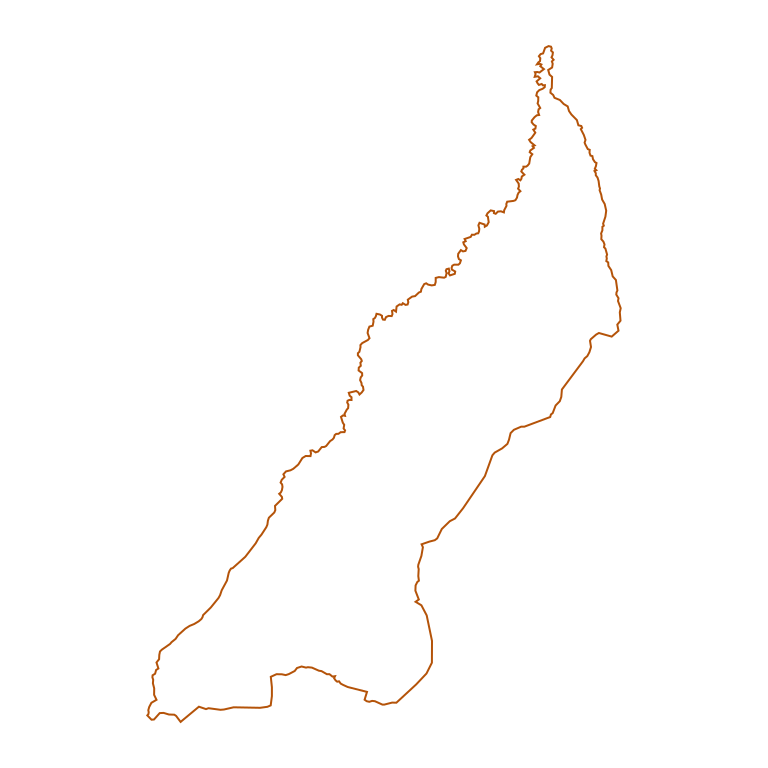 Itinga do Maranhão, Maranhão, Brazil
{"feature_id": "56859067B66965401422708", "entity_name": "Itinga do Maranhão", "entity_type": "district", "adm_level": 2, "iso_a3": "BRA", "parent_name": "Brazil", "parent_adm1": "Maranhão", "projection": "albers", "projection_center": [-47.255, -4.165], "detail": "fine", "context": "isolated", "style": "outline", "palette": "amber", "viewbox_px": 768, "rotation_deg": 0, "n_neighbors": 0, "source": "geoboundaries", "source_scale": "gbopen_adm2", "svg_char_len": 6077}
<svg xmlns="http://www.w3.org/2000/svg" viewBox="0 0 768 768"><path d="M160.0,651.5L159.3,654.9L159.1,659.2L156.5,662.5L158.4,668.5L156.1,670.0L155.1,673.7L152.6,675.3L152.4,677.3L153.2,679.8L152.9,683.3L154.2,688.4L154.1,694.8L156.5,699.8L151.4,702.8L149.2,707.0L148.3,710.2L148.7,712.2L148.4,714.1L147.3,715.4L151.5,719.7L154.0,719.5L159.7,713.1L163.6,712.9L168.9,714.5L174.3,714.7L176.1,715.9L180.6,721.9L198.9,706.7L206.0,709.1L208.5,708.2L220.5,709.8L224.0,709.5L233.6,707.3L260.1,707.8L267.4,706.8L270.7,705.4L271.9,696.1L271.9,687.2L270.8,676.8L276.5,674.2L281.9,674.3L285.7,675.1L288.8,674.1L294.7,671.0L297.0,668.0L301.6,666.5L306.0,667.6L307.9,667.2L311.9,667.6L318.9,670.7L321.5,671.1L326.9,674.2L329.5,674.2L332.5,676.6L335.0,676.2L334.1,678.2L335.6,680.4L337.2,681.7L339.0,681.3L340.7,683.6L343.1,684.9L347.7,687.0L367.0,691.9L364.6,699.7L366.7,701.2L369.3,701.8L372.1,700.9L374.9,701.2L382.4,704.6L384.3,704.6L392.1,702.6L396.4,702.7L416.2,684.4L426.5,673.5L431.9,662.7L432.0,640.9L426.7,615.4L421.4,605.3L415.6,601.8L418.8,599.5L415.4,590.7L415.6,585.4L417.3,582.0L418.9,580.7L418.3,576.1L418.7,569.1L418.1,566.8L418.3,564.8L421.4,555.9L422.9,547.2L421.6,544.3L429.4,541.6L434.8,540.2L437.2,538.4L441.8,529.0L449.8,521.2L455.0,518.5L463.1,508.2L484.9,476.1L492.4,455.3L494.7,452.6L502.1,448.4L507.4,443.9L509.0,439.7L510.6,433.1L513.9,429.8L521.1,426.7L524.3,426.7L550.2,417.0L550.9,414.5L552.7,413.1L555.6,405.5L559.8,401.2L561.3,396.9L561.9,389.5L583.0,361.2L584.6,358.4L587.3,356.1L589.4,352.2L591.0,347.0L590.0,340.8L590.8,339.2L596.1,334.6L598.9,333.0L611.7,336.6L618.5,330.7L617.3,324.6L620.5,320.7L619.8,312.3L620.7,308.2L618.0,301.0L618.5,298.2L616.3,294.6L616.5,292.4L617.4,290.5L615.9,280.0L612.7,276.4L611.2,270.1L608.4,265.9L608.2,262.4L606.3,261.1L606.8,258.5L606.4,256.4L607.1,254.6L605.4,248.6L604.0,247.2L604.5,244.4L603.4,241.6L601.3,239.2L601.5,235.7L601.1,233.5L602.4,230.3L602.4,226.8L603.8,225.7L603.1,223.7L605.4,216.7L606.2,210.7L604.7,204.0L602.1,199.5L601.2,194.6L599.6,190.2L600.0,188.5L599.3,186.5L598.6,181.0L597.5,177.5L595.8,175.3L595.8,173.2L594.5,171.0L596.3,170.2L594.8,168.8L595.9,166.2L596.5,163.0L594.9,162.1L593.0,159.2L592.4,156.1L590.5,155.6L589.5,152.7L589.7,149.8L587.8,149.1L585.3,144.4L584.6,142.6L585.5,139.9L583.8,134.9L580.8,129.1L582.1,127.8L581.3,126.0L578.4,125.3L576.9,120.1L571.4,114.5L569.0,111.0L567.7,106.4L563.7,104.0L559.9,100.0L554.5,97.8L553.2,95.0L550.4,92.7L550.6,89.7L551.8,88.0L552.1,76.9L549.5,74.6L548.2,70.0L552.1,67.5L552.7,63.8L551.9,61.4L553.6,59.8L551.5,57.3L552.5,55.3L552.9,52.4L551.1,50.7L551.7,48.4L551.0,46.7L548.6,46.1L545.1,47.8L543.1,53.4L540.6,54.1L538.9,56.2L540.3,58.2L540.0,61.1L538.3,62.4L537.0,64.3L539.8,63.8L541.4,64.5L540.3,66.2L543.9,69.1L539.5,72.5L537.3,72.0L534.9,72.2L535.6,73.9L534.7,76.8L537.9,76.3L540.2,78.3L536.6,81.4L537.6,83.3L538.9,84.9L541.7,84.0L542.9,85.3L544.9,85.2L544.7,87.2L542.6,88.8L539.3,90.1L537.1,92.3L536.3,95.6L538.3,97.3L538.2,101.1L537.6,103.4L540.2,108.0L538.6,109.3L538.1,112.0L539.1,115.0L536.8,115.3L534.5,117.2L531.8,120.5L531.7,122.3L533.6,124.6L535.8,126.0L535.4,128.6L533.3,129.6L535.3,132.7L531.5,138.0L529.1,139.8L530.6,142.1L534.6,145.4L532.6,146.2L533.9,147.9L530.3,150.5L529.7,152.2L532.3,154.2L530.3,157.1L529.2,163.6L527.5,165.7L526.0,166.7L523.4,166.7L523.4,168.4L521.9,169.8L521.3,171.5L524.4,174.7L521.8,176.5L521.4,178.8L520.4,180.3L518.3,179.0L516.1,179.9L518.7,183.6L518.9,186.6L518.1,188.7L520.4,191.2L518.6,192.7L517.5,195.0L517.0,197.6L515.4,200.2L513.5,200.9L507.2,201.7L506.3,204.0L506.5,205.8L504.2,210.2L503.9,212.4L500.9,211.3L497.9,211.6L495.7,213.8L493.9,213.1L494.0,211.1L490.7,210.4L487.5,213.3L486.4,215.5L487.9,216.7L488.7,222.2L486.9,225.5L484.8,226.7L484.6,224.5L479.5,222.8L478.4,225.3L479.3,228.8L479.0,231.5L478.2,233.3L476.4,233.5L474.4,234.8L471.9,234.7L470.7,236.9L464.6,239.0L465.7,241.2L463.3,242.3L463.9,244.4L466.7,248.1L465.5,250.9L463.0,251.4L460.9,250.1L458.2,253.8L458.0,256.4L458.9,259.1L460.9,260.3L459.9,263.3L458.4,264.7L454.1,264.7L452.3,265.7L451.6,267.9L451.9,269.6L455.2,271.5L454.8,273.8L450.0,275.4L448.5,273.2L449.5,271.3L448.8,268.6L446.5,269.2L445.8,270.8L446.6,273.1L445.7,276.9L444.1,277.7L438.9,277.1L435.7,277.9L435.7,282.0L434.8,284.9L431.7,285.4L428.1,284.6L426.2,283.3L424.2,284.1L421.4,289.0L420.9,291.7L418.9,292.5L415.1,296.1L412.1,296.6L407.8,299.7L408.3,302.2L407.6,304.5L405.6,304.9L402.8,303.2L401.7,304.8L399.6,304.4L396.6,306.5L396.0,311.6L393.7,310.0L392.0,310.9L392.5,314.1L391.7,316.1L388.6,315.9L386.0,317.1L384.8,319.8L383.0,319.6L382.0,317.6L382.0,315.8L379.9,314.5L376.5,313.8L375.8,316.4L374.8,318.1L373.3,319.1L373.5,321.7L372.7,325.7L369.4,326.6L368.1,329.9L367.6,333.0L369.5,338.2L367.9,340.0L362.2,343.1L360.4,345.1L360.5,347.2L359.4,351.8L357.9,353.2L357.9,355.3L361.2,359.2L361.8,361.0L360.4,362.7L360.8,365.8L358.8,367.6L358.6,370.5L362.1,373.1L362.2,375.5L360.7,377.4L360.1,380.1L361.5,383.0L361.7,385.2L363.0,386.7L363.5,390.0L361.7,392.5L359.5,394.5L358.3,392.4L356.2,391.0L348.8,392.8L349.7,395.7L351.5,397.2L351.5,400.0L349.4,399.9L347.6,400.7L347.2,402.5L348.4,404.7L348.1,408.2L346.8,409.6L344.5,413.9L345.0,415.8L343.0,415.4L341.0,416.9L342.8,422.7L344.2,424.8L343.6,428.5L345.1,430.4L344.5,432.1L340.6,432.2L338.5,433.8L336.2,433.9L334.7,435.1L333.9,437.8L332.5,439.5L330.1,441.1L326.2,446.0L324.5,446.9L321.7,447.1L318.2,451.5L315.6,452.4L312.5,450.3L310.4,450.7L311.0,453.4L310.5,456.1L305.7,456.0L302.4,458.0L298.3,464.5L293.3,468.8L290.5,470.3L286.0,471.4L283.4,474.3L284.6,476.9L281.8,479.7L280.6,482.6L282.1,484.4L282.5,486.9L281.9,490.2L280.8,492.5L279.2,493.8L281.9,496.9L282.2,498.8L275.0,505.9L275.3,510.1L274.3,512.5L268.9,517.7L267.9,520.7L267.4,524.6L266.3,527.2L261.5,534.6L258.8,537.8L255.7,543.3L245.3,556.8L232.7,568.1L231.0,568.6L229.7,570.5L228.7,572.9L227.0,580.5L221.7,590.3L220.1,595.1L218.5,598.0L210.8,607.5L203.1,615.1L202.5,617.2L201.4,619.0L198.7,621.3L194.2,624.0L189.6,625.9L185.4,628.6L178.1,635.2L175.6,638.9L171.5,642.2L170.1,643.9L161.8,649.7L160.0,651.5Z" fill="none" stroke="#b45309" stroke-width="2"/></svg>